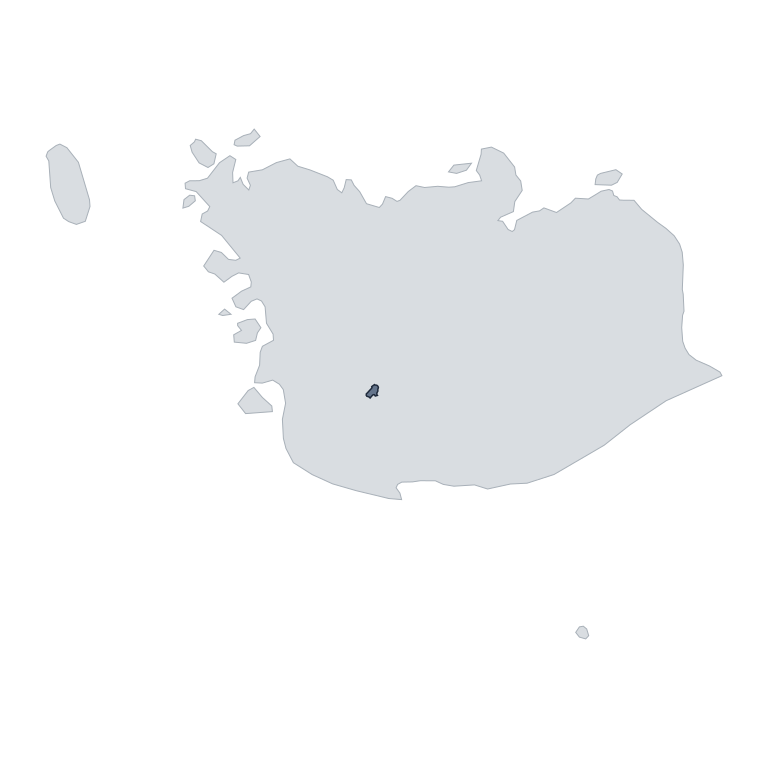 Dalseo-gu, Daegu, South Korea shown in context, rotated 90°
{"feature_id": "91817680B1574399427608", "entity_name": "Dalseo-gu", "entity_type": "district", "adm_level": 2, "iso_a3": "KOR", "parent_name": "South Korea", "parent_adm1": "Daegu", "projection": "robinson", "projection_center": [128.53, 35.815], "detail": "fine", "context": "in_parent", "style": "filled", "palette": "slate", "viewbox_px": 768, "rotation_deg": 90, "n_neighbors": 0, "source": "geoboundaries", "source_scale": "gbopen_adm2", "svg_char_len": 3754}
<svg xmlns="http://www.w3.org/2000/svg" viewBox="0 0 768 768"><g transform="rotate(90 384 384)"><path d="M196.8,150.9L200.0,148.5L200.2,145.1L200.3,134.0L209.4,126.3L222.3,110.5L228.6,101.8L235.8,93.8L244.1,88.4L252.2,85.8L265.0,84.7L289.4,85.7L294.2,84.8L311.2,84.0L315.2,85.4L327.6,86.3L341.3,85.3L348.2,82.9L354.6,79.0L360.2,71.8L366.0,58.5L372.1,48.0L375.7,46.1L400.7,101.8L424.7,137.8L445.2,163.8L474.5,214.0L483.2,240.9L484.0,257.5L489.0,280.4L484.9,293.5L486.2,314.1L484.4,324.7L480.8,332.6L480.7,347.6L481.9,355.6L482.1,366.2L484.4,370.4L487.8,371.9L493.1,368.1L499.6,366.4L498.5,379.3L490.7,411.7L483.9,435.3L474.6,455.8L462.7,474.6L448.5,482.0L438.4,484.6L419.3,485.6L403.3,482.4L389.6,484.7L384.2,488.6L380.1,495.3L383.1,505.7L382.7,513.4L376.8,512.9L365.2,508.4L352.3,507.8L346.3,505.6L340.3,494.5L334.1,494.9L323.3,501.5L306.8,502.9L301.0,506.5L298.9,511.0L301.3,516.8L309.6,524.4L306.8,532.1L298.2,536.0L291.2,526.5L286.9,517.2L282.0,516.7L274.5,519.4L272.9,529.4L276.4,536.2L282.2,544.1L274.0,553.2L271.8,559.6L266.0,564.3L250.3,554.0L252.5,546.6L259.4,539.5L260.3,532.2L258.1,527.8L235.4,546.4L221.5,567.4L214.0,565.8L211.0,560.4L206.6,558.2L191.6,571.8L188.7,582.5L183.2,582.9L180.8,578.4L180.7,568.7L178.2,560.5L162.7,548.5L155.7,538.1L159.5,532.2L172.5,535.4L182.8,535.0L180.8,530.0L177.4,527.7L184.3,524.9L190.0,519.2L185.3,517.6L178.1,520.9L172.1,519.3L169.8,505.6L162.6,491.6L158.9,478.1L166.2,470.2L169.9,458.1L176.8,440.5L180.2,434.8L189.5,430.7L192.8,426.2L187.8,423.8L179.6,421.8L179.9,416.7L185.4,413.9L191.7,408.3L203.7,401.5L207.5,388.7L204.1,385.5L196.6,382.4L198.3,375.9L201.4,371.0L200.3,368.0L191.5,359.7L185.7,352.0L187.5,343.4L186.3,330.3L187.2,319.2L186.8,313.3L182.6,299.8L180.8,286.4L175.1,288.3L170.5,291.7L154.2,286.9L149.1,286.6L147.1,276.6L153.1,264.3L167.0,253.4L175.0,252.1L181.0,247.3L190.4,245.8L201.6,253.2L211.6,254.6L217.2,267.4L220.6,270.1L221.3,265.4L229.5,259.9L231.5,255.8L229.7,253.5L220.4,251.2L212.1,235.4L210.9,228.5L207.9,224.1L212.5,211.5L202.9,197.1L198.2,192.6L199.0,179.6L194.0,171.3L191.2,166.8L189.5,159.0L191.0,155.5L195.5,154.2L196.8,150.9ZM161.0,719.2L156.2,721.9L151.9,720.3L150.7,719.0L145.5,711.8L144.1,708.1L147.7,701.1L162.3,689.6L199.8,678.5L206.5,678.0L221.3,682.7L224.4,691.6L221.6,699.3L218.2,704.5L201.0,713.2L187.6,717.3L161.0,719.2ZM413.6,522.4L403.8,530.1L390.5,519.8L387.4,514.1L397.4,505.7L406.0,496.2L411.6,495.6L413.6,522.4ZM343.3,521.5L342.1,533.7L334.8,534.3L330.4,526.5L325.7,530.3L323.3,530.4L319.6,520.6L319.0,512.9L327.7,507.1L332.9,510.6L340.4,512.4L343.3,521.5ZM152.2,575.9L145.5,577.8L141.8,573.5L139.2,572.4L140.7,566.7L151.7,555.6L153.8,551.8L163.8,554.1L167.5,560.0L162.9,568.9L152.2,575.9ZM185.2,156.5L184.6,172.9L178.9,172.2L175.1,170.6L173.4,167.4L169.7,152.1L174.0,145.8L182.4,150.8L185.2,156.5ZM146.1,530.8L144.7,533.9L140.2,533.0L135.6,524.4L133.7,517.5L129.1,513.8L136.5,507.9L145.8,518.5L146.1,530.8ZM173.4,311.4L171.9,319.5L165.1,314.1L163.2,296.5L170.2,301.6L173.4,311.4ZM637.1,188.6L632.4,192.3L626.9,188.6L626.2,184.7L629.0,181.3L635.7,179.3L638.9,182.3L637.1,188.6ZM206.3,579.2L208.1,585.1L199.6,584.0L195.2,578.3L195.8,573.4L200.8,572.7L206.3,579.2ZM315.5,545.3L314.3,549.2L309.1,543.4L314.3,537.0L315.5,545.3Z" fill="#d9dde1" stroke="#a8b0b8" stroke-width="1"/><path d="M398.0,397.9L396.0,396.2L394.9,395.1L394.7,394.7L394.7,393.8L394.9,393.4L395.4,393.2L396.0,392.7L395.4,390.6L394.7,391.1L394.0,391.1L393.1,391.2L391.0,390.1L390.2,390.2L388.9,390.1L388.3,389.8L387.3,389.6L386.1,390.2L385.3,391.1L385.1,392.0L385.0,393.1L384.6,393.5L386.0,395.5L386.6,396.3L387.6,396.0L388.4,396.5L390.5,398.5L393.0,400.7L393.7,401.6L395.2,401.8L396.3,401.1L396.6,399.9L397.1,398.8L398.0,397.9Z" fill="#64748b" stroke="#1e293b" stroke-width="1.5"/></g></svg>